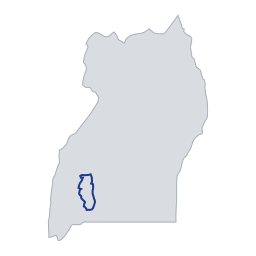 Kiruhura on a map of Uganda (Equal Earth projection)
{"feature_id": "UGA-3371", "entity_name": "Kiruhura", "entity_type": "District", "adm_level": 1, "iso_a3": "UGA", "parent_name": "Uganda", "parent_adm1": "", "projection": "equal_earth", "projection_center": [30.869, -0.246], "detail": "fine", "context": "in_parent", "style": "outline", "palette": "blue", "viewbox_px": 256, "rotation_deg": 0, "n_neighbors": 0, "source": "natural_earth", "source_scale": "10m", "svg_char_len": 2799}
<svg xmlns="http://www.w3.org/2000/svg" viewBox="0 0 256 256"><path d="M176.0,222.1L172.8,222.1L167.6,222.1L162.4,222.1L157.1,222.1L151.9,222.1L146.7,222.1L141.5,222.1L136.2,222.1L131.0,222.1L125.8,222.1L120.6,222.1L115.3,222.1L110.1,222.1L104.9,222.1L99.6,222.1L94.4,222.1L89.2,222.1L86.1,222.1L85.5,222.0L85.1,221.8L83.1,222.3L81.1,224.1L78.9,224.8L76.6,224.5L76.3,224.7L75.1,224.6L73.4,224.5L71.9,225.0L70.7,226.5L69.5,229.1L67.4,232.1L65.7,234.7L64.3,236.6L61.0,239.7L59.2,240.6L58.3,240.5L57.8,239.9L56.8,236.0L56.1,235.3L49.8,237.4L48.8,237.4L48.9,236.2L48.5,226.8L48.4,221.1L49.2,217.6L49.7,213.4L49.8,209.8L50.9,203.6L50.5,199.9L52.0,186.9L52.4,184.8L53.0,178.5L53.9,176.6L54.7,175.8L55.8,172.0L57.9,165.8L59.4,162.7L59.0,155.7L59.3,151.0L59.6,150.0L62.7,148.2L66.7,143.9L68.3,138.8L70.7,135.5L75.3,133.4L89.0,115.8L95.3,106.3L98.1,101.5L98.2,99.7L98.7,97.4L97.6,95.6L96.3,94.0L95.9,92.5L94.7,91.8L93.1,91.8L92.0,90.7L90.8,88.6L89.6,87.3L85.7,87.4L82.7,85.2L82.7,82.2L83.9,76.4L86.2,69.7L86.3,67.8L86.0,66.3L85.4,64.9L84.4,63.6L83.4,62.0L84.2,57.2L85.6,52.5L86.8,50.1L87.9,47.5L87.6,45.3L85.9,44.2L86.8,42.1L88.6,38.5L92.1,34.9L95.1,32.6L97.2,32.5L101.2,34.5L104.8,36.7L106.7,36.8L109.1,35.9L114.1,31.9L115.3,33.2L116.8,35.6L118.3,39.6L121.5,41.4L123.0,42.7L124.0,43.1L124.6,42.7L125.8,39.6L127.3,37.9L129.9,35.7L135.7,34.0L139.9,33.4L141.7,33.1L144.7,32.0L149.3,28.8L153.9,33.0L158.9,33.8L163.8,33.8L165.3,32.5L166.1,31.5L171.2,24.7L178.0,15.4L182.6,28.5L184.2,29.2L184.0,30.4L183.6,31.5L186.6,34.6L190.3,36.3L191.6,37.9L191.8,39.6L190.5,47.3L190.8,49.5L192.0,57.2L194.2,58.9L196.1,66.6L200.1,69.9L200.6,70.8L201.5,74.6L202.8,78.7L203.7,79.6L204.3,79.9L205.4,84.2L204.8,86.7L205.7,94.1L207.2,100.8L207.6,108.7L207.6,112.2L207.5,114.3L207.2,117.3L206.5,119.1L205.3,120.8L203.9,123.5L202.7,126.3L201.9,127.7L202.5,132.0L202.3,133.1L202.0,133.7L200.2,134.3L197.9,135.5L196.6,136.6L194.6,138.8L193.0,141.2L190.9,148.1L187.5,153.5L186.9,155.2L183.6,158.5L182.2,162.4L181.2,167.3L180.0,170.8L177.2,175.5L176.6,183.1L176.6,198.2L175.9,215.4L176.0,222.1Z" fill="#d9dde1" stroke="#a8b0b8" stroke-width="1"/><path d="M80.9,177.7L80.2,176.0L81.5,175.1L82.6,175.1L85.0,175.1L86.3,175.1L88.6,174.9L90.7,174.4L91.2,176.0L91.8,177.5L91.9,179.1L92.0,181.6L91.7,182.5L91.3,183.0L91.1,183.6L92.0,183.8L93.0,184.2L93.2,187.5L92.6,190.8L92.6,193.4L92.9,194.7L93.4,196.1L94.2,199.2L94.8,200.5L95.0,201.9L94.6,203.4L94.1,205.2L92.9,208.3L91.8,209.4L90.6,209.8L89.3,209.9L88.0,209.7L87.4,209.8L86.7,210.0L86.4,209.3L86.1,208.5L85.1,207.2L83.8,206.4L84.0,205.2L84.2,204.0L85.1,202.1L81.8,198.8L81.1,197.7L81.3,196.3L80.8,195.5L80.0,195.2L79.1,193.8L79.5,191.4L79.7,190.3L80.2,189.5L81.0,189.0L78.5,187.9L79.1,185.3L80.1,182.9L81.5,181.1L82.9,177.7L80.9,177.7Z" fill="none" stroke="#1e3a8a" stroke-width="2"/></svg>